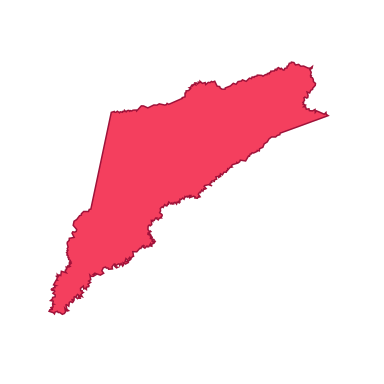 Cartagena Del Chairá, Caquetá, Colombia (orthographic projection), rotated 102°
{"feature_id": "7082276B3129505860922", "entity_name": "Cartagena Del Chairá", "entity_type": "district", "adm_level": 2, "iso_a3": "COL", "parent_name": "Colombia", "parent_adm1": "Caquetá", "projection": "orthographic", "projection_center": [-73.934, 0.797], "detail": "fine", "context": "isolated", "style": "filled", "palette": "rose", "viewbox_px": 384, "rotation_deg": 102, "n_neighbors": 0, "source": "geoboundaries", "source_scale": "gbopen_adm2", "svg_char_len": 6021}
<svg xmlns="http://www.w3.org/2000/svg" viewBox="0 0 384 384"><g transform="rotate(102 192 192)"><path d="M62.1,93.6L60.1,93.8L58.8,96.2L56.6,96.8L55.2,98.0L54.9,99.7L53.5,99.5L53.6,100.3L50.1,100.3L47.6,102.3L46.2,100.4L44.3,100.4L46.3,102.0L46.6,104.4L45.6,109.0L46.4,111.8L45.0,114.2L46.2,117.2L44.2,119.2L44.3,121.8L45.2,121.9L45.9,123.6L48.7,124.1L49.3,125.2L50.8,124.8L51.9,127.1L53.3,127.0L53.8,128.1L52.4,130.5L53.4,131.2L52.3,133.2L53.5,134.5L54.7,134.2L55.4,134.9L54.7,136.1L56.4,136.6L57.5,140.1L58.6,140.0L59.2,141.2L60.2,141.0L60.4,142.9L61.6,143.1L61.9,144.6L64.0,146.7L63.4,148.0L64.1,152.5L65.0,152.6L66.2,155.1L66.9,155.1L67.0,157.1L68.7,157.4L68.7,159.5L72.5,162.0L71.8,166.0L73.2,166.8L74.4,169.9L77.5,171.3L77.1,174.2L80.2,176.4L83.3,181.1L84.6,181.1L85.2,184.1L84.4,186.0L83.1,186.9L83.3,189.4L78.9,192.8L80.1,194.6L79.8,196.0L81.2,197.0L81.4,198.9L84.1,200.9L82.2,201.9L83.6,204.4L82.1,207.1L83.0,206.8L83.2,208.3L83.7,207.8L85.1,209.1L84.4,209.9L84.7,211.8L86.4,210.7L86.1,212.4L87.7,213.3L87.0,213.5L87.6,214.5L89.9,215.1L90.6,216.3L91.1,214.9L92.0,215.4L93.5,216.5L94.3,218.8L96.2,218.6L96.7,219.4L100.4,218.6L101.7,221.2L102.4,220.9L111.1,233.0L110.5,234.8L111.9,235.3L112.6,236.7L112.6,242.4L114.3,244.3L114.8,247.4L118.9,252.7L117.9,257.3L118.3,259.5L124.3,263.0L123.4,263.5L124.2,266.7L125.3,267.8L125.2,269.3L126.0,269.7L125.3,270.8L125.9,272.3L127.3,273.1L126.1,275.1L127.4,275.3L127.7,276.7L128.5,276.7L128.5,278.9L129.6,279.4L128.5,281.8L129.9,283.0L130.0,284.5L129.4,284.8L130.9,287.5L229.8,287.4L230.4,288.9L232.6,289.2L233.6,293.9L236.3,295.7L237.6,295.4L238.5,297.0L242.8,299.0L245.1,301.3L249.3,301.3L252.6,297.0L254.6,297.0L255.7,298.5L255.7,300.3L257.2,300.8L260.9,297.8L262.8,302.4L264.9,302.1L267.0,303.5L268.4,303.4L271.7,301.7L273.2,302.3L274.8,301.3L275.3,302.0L276.5,301.4L277.4,302.1L278.5,300.8L279.6,301.3L280.1,300.0L282.0,299.6L282.1,298.7L283.6,298.6L284.2,296.8L285.3,297.0L285.7,295.6L286.5,295.9L285.8,296.7L286.3,297.3L287.7,297.1L287.4,295.8L289.4,297.1L290.1,295.7L291.0,297.0L290.4,298.2L291.9,298.3L291.6,299.4L294.0,298.6L294.7,299.6L295.9,299.5L297.1,298.2L296.7,303.3L301.0,303.0L300.7,304.8L302.1,305.0L300.8,306.6L302.4,306.2L302.7,307.0L303.7,305.8L305.6,306.2L306.2,305.3L306.7,306.6L311.6,308.1L311.9,305.7L312.4,306.9L314.0,306.1L314.6,307.8L316.0,307.9L316.0,309.2L316.8,309.3L317.4,308.3L316.7,306.3L317.6,305.6L320.0,307.0L321.1,304.4L323.0,304.1L324.1,306.4L325.4,306.2L327.6,307.8L327.6,305.0L330.3,305.1L330.5,303.8L331.1,304.9L333.3,304.0L334.4,306.0L335.6,305.0L334.6,304.5L335.9,304.2L336.7,306.5L338.4,307.0L338.9,302.5L339.8,301.2L338.0,301.0L336.7,299.0L337.7,297.8L337.4,296.2L338.6,293.4L337.4,291.6L335.5,290.8L332.3,292.1L334.4,289.4L333.7,288.1L332.8,290.0L328.6,291.8L328.2,291.2L329.3,288.8L325.4,289.0L324.5,287.8L325.0,286.0L323.8,285.2L323.0,285.3L322.2,287.6L322.1,284.9L319.2,285.5L318.7,284.7L319.6,282.8L318.2,283.6L316.0,282.7L316.5,281.4L319.5,281.2L319.1,279.2L317.0,280.4L317.2,277.6L315.4,279.4L312.9,277.5L312.8,278.7L311.5,278.9L311.7,280.4L309.4,281.0L306.6,278.7L309.3,277.7L308.5,276.6L309.3,275.0L307.1,275.5L306.0,273.3L304.9,273.3L303.8,274.6L301.5,272.4L300.6,274.6L298.8,272.8L294.7,274.5L295.5,273.4L295.1,271.1L293.3,269.2L293.2,271.4L291.6,270.2L292.4,264.4L289.8,261.5L287.8,263.8L284.5,263.0L283.4,260.9L284.2,260.0L283.8,258.4L284.9,257.5L283.8,253.8L281.7,254.7L278.6,253.1L278.6,252.2L280.7,252.1L281.9,250.1L281.1,249.0L281.0,250.9L279.5,251.0L277.6,248.9L277.6,247.9L278.8,247.4L276.7,246.5L278.9,244.4L277.6,243.9L275.5,244.6L276.3,242.1L274.2,239.6L272.9,240.5L274.1,243.0L270.8,242.8L272.5,239.5L270.9,238.1L270.2,239.9L268.8,239.4L269.6,237.8L267.4,236.7L267.1,235.8L262.7,237.5L262.0,233.6L257.9,231.3L257.9,230.3L255.3,229.5L254.3,228.2L254.7,227.6L255.9,228.6L256.7,226.4L254.2,224.8L254.9,223.9L254.5,222.9L251.4,221.9L253.4,221.1L253.4,220.0L251.3,220.5L250.1,218.6L247.9,217.7L247.6,218.8L249.1,219.4L248.7,220.7L247.2,220.9L246.5,218.7L246.1,223.0L245.1,222.9L244.6,220.9L244.3,223.2L243.6,222.7L242.4,223.6L243.0,223.9L242.6,226.3L241.3,226.4L241.5,224.9L240.4,225.5L239.3,224.0L238.9,224.6L239.8,225.0L237.9,227.3L234.7,227.8L233.7,227.5L233.2,226.7L233.8,225.9L232.3,224.6L228.4,225.8L228.8,224.3L227.9,224.7L227.6,223.0L225.0,222.2L224.7,220.9L225.6,220.9L226.3,219.2L224.4,218.6L223.7,216.5L223.1,217.2L221.5,216.2L220.3,216.6L219.0,219.4L217.1,218.8L214.7,219.6L212.7,218.1L213.1,217.0L210.0,216.1L211.0,214.4L210.6,213.5L209.6,213.5L208.6,212.0L208.8,213.1L206.6,212.6L208.0,210.4L206.9,209.4L207.9,208.9L207.4,207.3L206.1,207.4L205.6,206.4L207.0,204.6L204.9,204.4L205.2,202.4L204.1,202.8L204.3,201.8L201.6,202.3L201.6,201.1L199.9,199.8L200.7,198.3L197.9,197.9L198.2,197.3L197.2,196.0L197.9,195.5L197.0,194.6L197.8,193.5L195.9,193.7L195.6,192.3L197.4,192.2L195.8,189.5L196.1,188.0L197.2,188.0L197.0,185.4L194.7,184.5L195.5,184.0L195.0,183.1L192.8,185.4L190.7,184.5L190.9,183.6L188.1,182.9L188.9,181.5L186.4,181.1L186.7,180.2L185.7,178.9L184.0,181.3L183.1,181.0L181.4,177.4L181.8,173.6L181.3,175.8L179.9,176.2L178.4,174.7L177.9,175.3L177.1,174.8L176.5,173.1L177.6,172.3L175.6,172.6L174.3,170.6L172.2,171.8L171.2,169.4L172.2,168.9L171.1,167.9L171.2,169.0L170.2,168.6L170.6,167.5L168.3,167.9L168.9,165.8L166.0,164.9L165.5,162.6L164.0,162.5L163.7,161.7L161.9,161.9L162.2,161.1L160.1,160.0L159.2,157.9L158.5,158.9L156.9,158.2L154.7,154.2L153.8,154.3L154.2,153.2L152.4,151.6L150.8,151.4L150.5,146.0L145.0,144.2L145.0,143.2L142.7,142.9L142.4,141.8L141.1,141.4L141.1,139.9L138.8,136.8L137.8,136.8L137.8,134.7L135.6,134.9L133.6,132.0L129.9,131.4L127.4,128.8L124.2,127.8L121.6,125.6L120.8,121.6L118.9,120.3L117.7,118.0L116.1,118.0L89.0,74.7L88.1,76.9L86.4,77.5L88.4,78.8L86.7,87.1L88.5,88.0L85.7,88.8L87.6,91.0L88.0,94.1L86.3,94.9L87.3,97.4L85.1,98.6L85.4,100.5L83.4,99.0L83.1,101.5L81.7,101.3L81.4,102.1L78.9,101.0L76.5,102.1L75.7,101.3L76.3,99.4L75.6,98.4L73.5,98.5L70.3,100.2L70.7,97.5L67.8,97.0L66.6,95.4L65.6,95.6L62.1,93.6Z" fill="#f43f5e" stroke="#9f1239" stroke-width="1.5"/></g></svg>